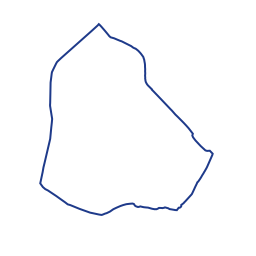 outline of Rajuzah, Al Jawf, Yemen, rotated 196°
{"feature_id": "15242507B9382148202065", "entity_name": "Rajuzah", "entity_type": "district", "adm_level": 2, "iso_a3": "YEM", "parent_name": "Yemen", "parent_adm1": "Al Jawf", "projection": "mercator", "projection_center": [44.482, 16.62], "detail": "fine", "context": "isolated", "style": "outline", "palette": "blue", "viewbox_px": 256, "rotation_deg": 196, "n_neighbors": 0, "source": "geoboundaries", "source_scale": "gbopen_adm2", "svg_char_len": 2453}
<svg xmlns="http://www.w3.org/2000/svg" viewBox="0 0 256 256"><g transform="rotate(196 128 128)"><path d="M184.7,219.8L184.8,219.6L185.1,218.9L185.3,218.4L190.0,210.8L211.5,176.9L213.7,173.2L214.5,171.7L214.9,169.9L216.0,163.8L216.5,160.7L216.4,160.0L216.4,159.7L215.0,150.7L214.9,150.2L211.9,138.9L209.7,130.6L209.3,128.8L209.0,127.8L205.0,119.2L203.4,115.8L202.7,112.1L201.9,107.4L199.8,96.1L198.6,71.7L198.4,66.8L197.9,62.1L197.1,50.6L193.6,47.8L190.8,46.5L190.4,46.4L187.8,45.9L178.1,42.8L173.9,41.3L167.9,39.2L164.9,38.0L162.3,38.0L152.2,36.9L141.1,36.2L138.3,36.4L132.4,36.8L130.5,37.0L129.3,37.2L128.3,37.9L126.3,39.5L125.6,39.9L125.0,40.3L122.3,42.7L119.7,45.9L117.1,48.2L113.8,50.9L111.4,52.6L108.6,54.3L105.3,55.7L102.9,56.6L101.5,56.6L99.9,55.3L99.4,55.1L98.6,54.9L96.8,54.8L96.3,55.0L95.9,55.1L94.6,56.0L91.1,56.2L89.3,56.5L86.7,57.0L84.4,57.0L83.9,57.0L83.4,57.0L82.6,57.0L81.6,57.1L79.8,57.3L79.4,57.5L78.2,57.8L77.1,58.7L76.2,59.7L75.2,60.0L73.4,60.4L72.7,60.5L72.1,60.9L71.6,61.1L71.1,61.4L70.7,61.8L70.3,61.9L67.0,61.9L65.8,61.5L64.2,61.7L60.6,62.1L60.2,62.1L58.4,62.5L57.3,65.3L56.6,65.5L56.3,65.7L55.9,66.1L55.6,66.6L55.4,66.9L55.3,67.2L55.3,67.7L55.6,68.7L53.8,71.1L53.6,71.6L53.4,72.1L52.8,73.1L49.1,80.6L48.7,81.4L48.4,82.1L48.1,83.8L47.4,88.2L47.3,89.1L46.5,93.6L46.5,94.0L46.3,95.1L45.8,95.7L45.5,96.6L44.9,98.3L44.4,99.9L44.0,101.4L43.6,103.1L43.1,104.7L43.0,105.0L42.7,106.4L42.2,108.1L41.9,109.5L41.6,110.6L41.5,111.1L41.2,112.7L41.0,114.3L40.8,115.7L39.5,125.3L39.5,126.6L40.3,127.1L43.1,128.7L45.6,127.8L47.4,127.8L53.0,130.6L55.2,131.9L59.7,134.6L62.9,137.0L64.1,138.5L64.1,140.4L65.2,141.2L69.7,144.5L72.7,146.4L75.7,148.2L83.0,152.3L86.2,154.0L90.7,156.9L92.5,157.9L102.0,163.5L112.1,169.4L113.8,170.4L115.3,171.2L115.6,171.4L115.6,171.7L120.7,174.5L122.0,175.5L122.8,176.3L123.6,177.2L124.2,178.2L124.6,179.2L125.1,180.2L125.3,181.1L125.7,182.2L126.1,183.3L126.1,183.5L126.5,185.3L127.2,187.3L127.7,189.3L128.5,191.5L129.0,193.2L129.4,194.2L129.7,194.9L130.5,196.5L131.3,198.2L132.2,199.4L132.7,200.3L133.5,201.0L134.4,201.7L135.3,202.4L136.1,203.0L137.0,203.6L138.3,204.4L139.5,205.1L141.4,205.9L142.7,206.4L143.6,206.4L145.2,206.7L146.2,207.1L147.5,207.6L153.4,208.7L158.1,209.6L159.2,209.6L162.8,210.0L166.0,210.4L168.9,210.4L169.8,210.4L170.5,210.8L171.4,211.2L172.6,212.1L174.5,213.4L176.7,214.9L179.3,216.6L181.6,218.1L183.8,219.4L184.5,219.7L184.7,219.8Z" fill="none" stroke="#1e3a8a" stroke-width="2"/></g></svg>